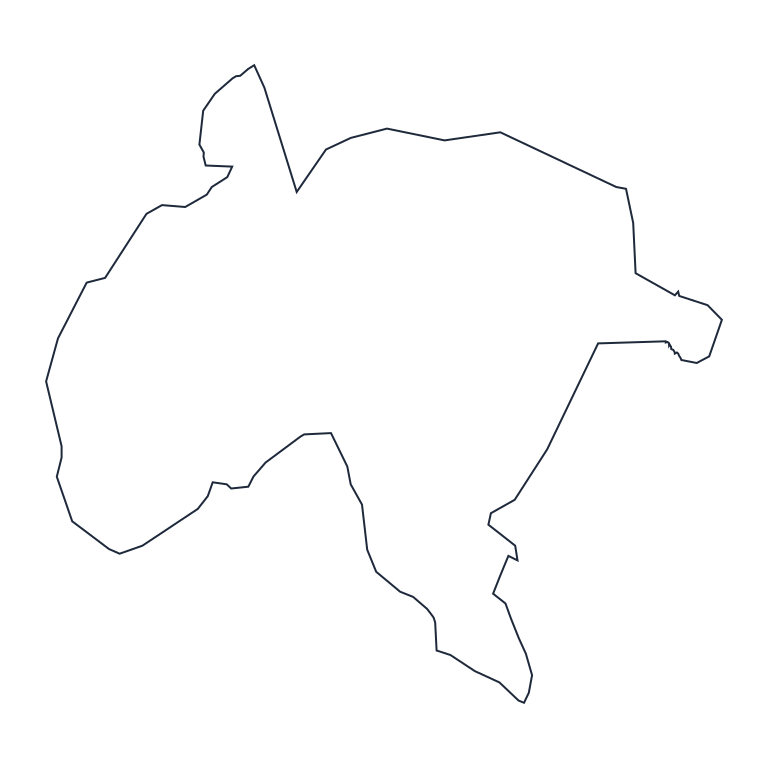 outline of Charles, Maryland, United States of America
{"feature_id": "52423323B57744592027693", "entity_name": "Charles", "entity_type": "district", "adm_level": 2, "iso_a3": "USA", "parent_name": "United States of America", "parent_adm1": "Maryland", "projection": "albers", "projection_center": [-76.955, 38.48], "detail": "fine", "context": "isolated", "style": "outline", "palette": "slate", "viewbox_px": 768, "rotation_deg": 0, "n_neighbors": 0, "source": "geoboundaries", "source_scale": "gbopen_adm2", "svg_char_len": 1574}
<svg xmlns="http://www.w3.org/2000/svg" viewBox="0 0 768 768"><path d="M709.2,356.4L721.9,319.8L707.6,305.2L680.0,296.2L679.2,295.9L678.2,291.6L674.9,295.3L635.6,273.2L633.2,223.0L626.0,188.8L616.2,187.0L500.3,132.3L444.6,140.4L387.0,128.6L350.8,137.9L326.0,149.5L296.7,192.0L264.4,87.7L254.2,65.2L248.1,69.0L240.2,75.8L236.1,76.2L232.6,78.3L214.8,93.8L203.2,110.7L201.0,130.3L199.4,144.6L203.8,152.5L203.5,156.7L205.7,165.5L227.0,166.4L232.2,166.6L227.3,177.1L211.8,187.0L206.8,194.6L185.2,207.0L162.0,205.1L146.5,213.8L117.5,258.7L105.1,277.9L99.2,279.4L86.7,282.6L77.4,300.6L67.7,319.5L58.0,338.3L46.1,381.4L61.6,446.3L61.6,457.5L56.8,476.7L72.2,521.3L109.1,549.1L119.6,553.7L142.4,545.7L197.8,508.9L207.8,496.1L209.8,490.5L212.7,482.3L226.7,484.3L231.2,488.5L248.3,486.7L253.5,476.5L265.6,462.5L300.3,436.7L302.6,435.3L304.2,434.4L330.7,433.1L331.0,433.1L347.3,466.5L350.7,484.3L362.0,504.6L367.2,549.7L376.2,571.8L400.1,591.7L413.1,596.9L427.1,608.9L432.5,616.0L433.6,617.6L435.2,622.6L435.2,623.0L436.6,650.5L450.4,655.0L474.8,671.1L497.2,681.4L499.4,682.4L518.5,700.5L524.0,702.8L528.8,692.8L531.7,677.2L532.1,675.3L525.9,653.8L518.8,638.2L510.9,618.4L505.5,603.5L493.1,593.7L499.8,576.7L505.1,563.8L508.4,555.9L517.5,560.4L515.2,545.7L488.4,524.7L490.9,513.2L514.7,499.8L547.2,449.3L598.1,343.4L665.6,341.3L665.7,342.5L667.5,342.0L668.9,343.0L669.1,345.4L669.6,344.5L671.0,346.8L671.3,349.1L673.3,349.9L674.7,352.3L674.8,353.6L676.9,352.5L678.2,353.6L679.0,355.6L680.5,357.9L681.4,360.0L696.7,363.0L709.2,356.4Z" fill="none" stroke="#1e293b" stroke-width="2"/></svg>